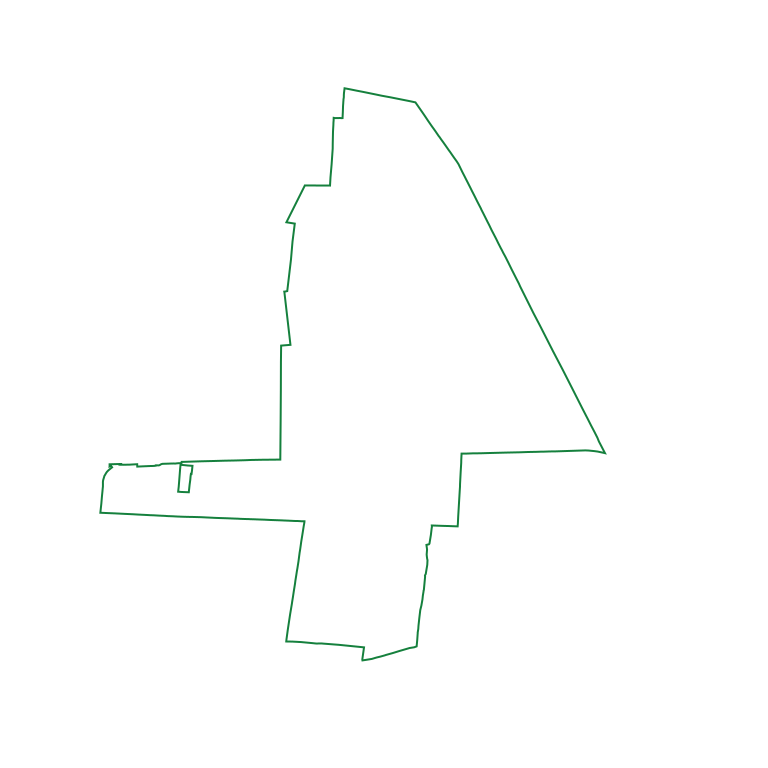 Tomsani, Prahova, Romania (Mercator projection), rotated 200°
{"feature_id": "2599482B53047935448287", "entity_name": "Tomsani", "entity_type": "district", "adm_level": 2, "iso_a3": "ROU", "parent_name": "Romania", "parent_adm1": "Prahova", "projection": "mercator", "projection_center": [26.313, 44.945], "detail": "fine", "context": "isolated", "style": "outline", "palette": "green", "viewbox_px": 768, "rotation_deg": 200, "n_neighbors": 0, "source": "geoboundaries", "source_scale": "gbopen_adm2", "svg_char_len": 4774}
<svg xmlns="http://www.w3.org/2000/svg" viewBox="0 0 768 768"><g transform="rotate(200 384 384)"><path d="M522.2,648.4L521.5,645.4L521.2,644.0L520.8,642.6L520.5,641.6L520.1,640.5L519.7,639.2L519.5,637.9L519.1,636.6L518.7,635.1L518.3,633.8L517.6,631.3L515.7,625.5L513.9,619.7L514.8,619.3L515.5,619.1L516.0,619.0L516.4,618.9L517.3,618.5L519.1,617.8L521.0,617.1L522.3,616.9L521.8,615.3L521.4,614.2L521.1,613.0L520.7,611.7L520.3,610.5L520.2,610.2L518.3,603.9L514.4,592.4L512.7,587.6L508.3,572.3L505.4,561.5L505.0,560.0L502.6,552.0L526.3,543.5L526.3,543.2L531.0,502.6L522.7,504.2L518.7,486.6L514.0,469.2L508.7,446.7L506.7,438.2L508.5,437.1L509.3,436.7L509.1,436.4L485.3,388.8L493.8,384.9L488.3,369.2L479.0,343.4L468.2,313.1L455.6,277.5L473.2,270.9L483.3,267.0L488.4,264.9L497.5,261.3L507.6,257.4L517.2,253.6L529.2,248.9L538.7,245.1L542.2,243.7L544.4,242.8L547.5,241.6L547.2,240.1L546.8,238.7L543.7,239.5L540.5,240.3L536.0,241.6L534.9,237.3L534.1,233.6L534.7,233.5L534.2,231.2L533.2,227.4L532.3,223.2L530.4,215.5L537.3,213.3L540.6,212.4L541.8,217.4L545.1,229.3L546.5,234.3L547.0,236.3L548.0,240.1L548.7,239.8L550.2,239.2L551.7,238.5L552.4,238.1L553.2,237.8L554.9,237.2L557.2,236.3L559.4,235.4L562.4,234.2L564.7,233.3L565.3,232.9L565.9,232.5L566.3,232.0L566.8,231.4L567.1,231.0L567.5,230.7L568.2,230.3L569.3,230.0L570.6,229.5L570.5,229.2L572.2,228.3L575.3,227.1L584.5,223.3L587.6,222.0L588.5,224.2L595.5,221.2L597.6,220.4L600.9,219.1L604.4,217.9L604.2,218.7L605.3,218.3L610.1,216.4L614.4,214.7L613.8,213.1L613.7,212.7L612.8,213.7L612.6,213.8L611.8,213.2L611.4,213.0L611.0,212.7L611.4,212.1L612.7,209.9L613.5,208.5L614.3,206.7L614.7,205.2L615.0,203.4L615.3,202.0L615.2,200.7L615.1,198.9L615.0,197.4L614.8,196.5L614.6,195.7L614.1,194.4L613.7,193.3L613.0,191.3L612.7,190.0L611.9,187.0L610.6,181.9L608.7,174.9L607.4,169.6L606.5,166.0L601.4,167.6L592.9,170.3L583.8,173.1L575.5,175.7L569.8,177.4L562.7,179.6L558.7,180.8L556.0,181.7L550.0,183.5L544.6,185.2L542.7,185.7L536.8,187.6L534.1,188.4L528.1,190.3L523.0,192.0L517.8,193.8L513.3,195.3L510.0,196.4L505.1,197.9L500.6,199.3L496.7,200.5L492.7,201.8L485.7,204.1L479.1,206.2L474.8,207.6L472.4,208.3L470.6,208.9L468.4,209.6L465.5,210.6L463.2,211.3L459.3,212.6L457.1,213.3L454.6,214.1L449.7,215.7L445.1,217.1L441.4,218.3L437.4,219.6L434.0,220.7L431.1,221.6L427.0,222.9L421.2,224.7L419.8,225.2L417.4,226.0L414.2,226.9L411.8,227.8L411.6,227.2L411.4,226.2L410.8,222.8L409.8,217.7L409.0,213.6L408.7,212.0L407.8,207.3L407.0,203.6L406.2,199.8L405.6,196.6L403.7,188.1L402.4,181.5L401.8,178.1L401.0,174.1L400.0,168.9L399.3,165.8L397.9,158.5L396.7,152.6L395.8,147.9L395.4,146.0L393.4,135.2L390.3,119.9L388.3,110.7L387.8,108.6L387.1,108.8L384.6,109.7L382.0,110.6L373.8,113.1L362.7,116.0L359.1,116.9L357.2,117.6L354.1,118.8L351.8,119.4L348.6,120.3L337.1,123.5L324.9,126.6L312.7,129.7L310.2,117.8L309.7,116.9L306.6,118.6L301.4,121.5L297.5,124.4L294.3,126.5L290.4,129.3L289.7,129.9L283.7,134.2L278.3,138.3L273.8,141.6L269.6,144.7L265.6,146.9L263.6,148.6L263.8,149.4L265.3,155.1L267.1,161.4L267.3,161.9L268.0,165.5L268.9,168.6L270.8,176.3L272.6,184.0L273.1,188.6L274.2,194.8L275.1,198.4L275.9,202.6L276.1,203.2L276.1,204.1L279.5,217.1L279.9,217.7L280.0,218.3L279.8,219.8L281.5,228.9L282.9,233.4L283.6,234.4L284.8,236.7L285.6,238.4L286.9,243.1L287.6,244.5L289.1,247.3L288.7,247.6L286.9,248.8L286.7,249.6L288.3,258.1L289.9,264.9L290.1,266.1L290.7,267.4L280.8,270.6L274.5,272.7L272.9,273.2L270.4,274.0L267.0,275.1L266.1,275.4L266.9,278.3L269.0,285.0L271.8,294.4L276.3,309.5L277.5,313.6L278.3,315.9L281.7,327.0L284.5,336.4L285.4,339.0L286.9,343.8L287.0,344.2L287.3,345.1L282.5,346.9L277.1,349.1L269.9,351.8L262.6,354.7L246.6,361.0L232.7,366.4L225.3,369.4L216.5,372.8L214.6,373.6L209.9,375.4L205.2,377.3L199.4,379.5L196.4,380.7L174.0,389.7L172.0,390.5L168.8,391.5L163.3,392.9L160.1,393.6L153.6,394.5L152.7,394.6L155.0,396.7L157.6,399.1L162.4,403.5L165.1,406.5L169.9,411.0L175.2,415.8L180.3,420.6L184.0,424.0L189.3,428.9L194.1,433.4L203.9,442.6L220.6,458.2L236.6,472.8L257.7,492.5L267.7,501.6L289.4,522.2L289.7,522.5L291.5,524.4L295.5,528.1L303.2,535.3L308.7,540.6L313.7,545.3L316.8,548.0L319.0,550.1L320.6,551.5L325.0,555.6L328.2,558.7L332.0,562.2L335.4,565.3L339.8,569.6L342.2,571.8L348.0,577.3L352.3,581.3L352.9,582.0L355.2,584.1L359.1,587.7L361.3,589.8L363.4,591.8L367.5,595.6L369.8,597.8L372.9,600.7L374.6,602.3L377.2,604.7L379.0,606.4L382.8,609.9L386.0,613.0L388.9,615.8L389.6,616.4L392.0,618.2L395.1,620.3L397.8,622.2L401.6,624.9L403.0,625.8L405.4,627.5L410.7,631.2L414.0,633.4L416.2,635.0L417.4,635.7L422.4,639.3L427.1,642.5L432.2,646.1L436.0,648.9L439.6,651.5L445.4,655.6L450.8,659.4L455.8,658.7L457.8,658.4L476.0,655.6L484.8,654.1L490.4,653.3L503.8,651.3L510.0,650.3L516.7,649.3L522.2,648.4Z" fill="none" stroke="#15803d" stroke-width="2"/></g></svg>